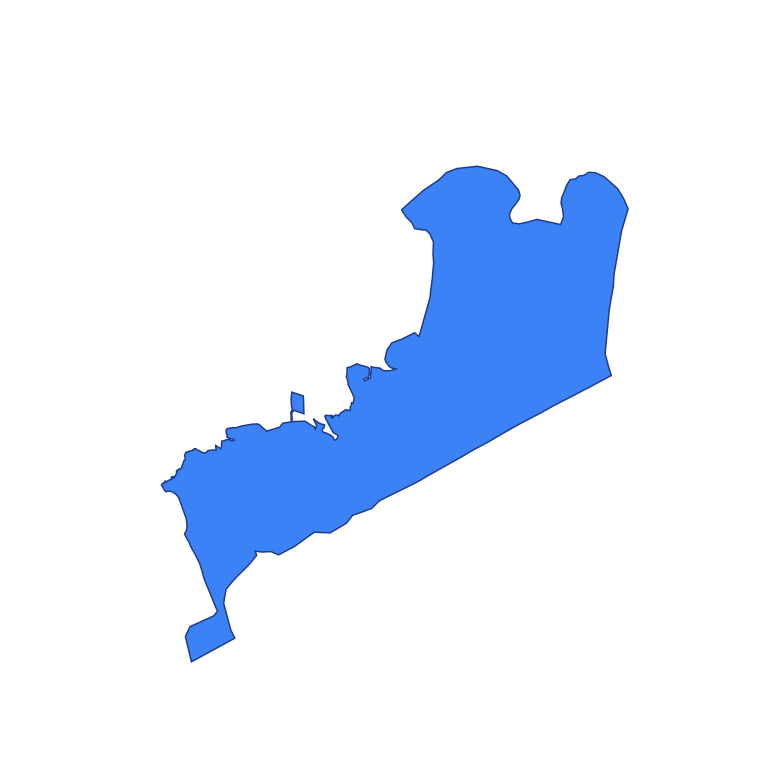 outline of Eti Osa, Lagos, Nigeria, rotated 333°
{"feature_id": "59680162B38204256572023", "entity_name": "Eti Osa", "entity_type": "district", "adm_level": 2, "iso_a3": "NGA", "parent_name": "Nigeria", "parent_adm1": "Lagos", "projection": "equal_earth", "projection_center": [3.482, 6.457], "detail": "fine", "context": "isolated", "style": "filled", "palette": "blue", "viewbox_px": 768, "rotation_deg": 333, "n_neighbors": 0, "source": "geoboundaries", "source_scale": "gbopen_adm2", "svg_char_len": 5557}
<svg xmlns="http://www.w3.org/2000/svg" viewBox="0 0 768 768"><g transform="rotate(333 384 384)"><path d="M138.3,432.5L138.4,438.4L138.0,440.3L138.2,446.4L138.4,450.7L138.3,459.9L137.9,462.3L136.9,468.5L135.9,472.6L135.4,475.6L134.8,481.1L134.4,487.2L133.7,495.6L133.5,498.0L132.6,508.1L132.8,510.6L127.3,513.3L101.0,512.1L92.4,518.9L86.3,544.1L135.7,542.7L135.8,536.7L135.7,534.2L136.2,532.1L137.8,524.2L139.9,514.4L141.6,506.6L142.7,505.1L147.5,498.5L149.9,495.3L152.7,494.0L156.9,492.2L158.8,491.4L164.3,489.3L169.8,487.5L175.7,485.7L180.4,484.1L185.8,482.0L189.7,480.1L192.7,478.9L193.3,474.5L199.7,478.7L200.4,478.9L201.9,479.6L207.3,482.1L211.6,487.3L212.5,488.4L218.5,488.3L225.9,488.2L229.9,488.2L239.5,486.7L247.2,485.5L248.6,485.3L254.5,484.4L268.3,492.1L275.4,491.8L287.5,490.9L296.5,486.7L302.5,487.6L316.5,489.3L326.2,486.1L327.9,486.0L337.4,486.0L350.5,486.2L367.3,486.4L372.9,486.2L381.3,485.7L420.1,484.1L433.9,483.3L453.4,482.9L459.4,482.4L475.2,481.6L485.6,481.2L511.1,480.9L526.0,480.3L539.7,480.3L566.2,480.1L589.4,479.6L590.3,479.8L591.8,471.2L594.8,457.3L618.8,419.5L625.1,411.0L632.5,401.4L638.9,390.5L665.3,355.3L681.0,338.8L681.7,327.6L680.9,316.3L674.1,299.0L668.0,291.5L665.0,289.8L662.4,288.3L656.9,288.9L652.1,287.2L647.8,288.2L642.6,286.4L637.0,289.8L630.8,295.5L626.9,298.7L623.8,303.4L622.6,309.0L619.8,316.6L613.7,322.1L598.0,309.2L595.0,306.8L583.7,304.5L576.8,302.6L574.1,300.4L571.7,299.4L571.6,298.0L571.4,294.9L572.0,291.7L573.4,289.1L577.5,285.9L584.5,282.6L588.1,280.7L590.7,278.0L591.7,273.8L591.8,271.5L587.7,254.2L581.8,245.3L566.1,232.4L547.1,225.2L541.0,224.5L535.9,223.9L525.4,227.1L515.8,228.3L507.4,229.3L490.1,233.7L478.9,236.7L479.5,245.0L482.1,253.2L481.9,259.5L489.0,264.7L491.1,265.4L493.0,270.8L492.5,280.0L486.8,290.2L483.3,298.5L475.5,311.0L466.8,323.9L464.4,327.7L458.1,334.6L450.4,342.9L440.5,353.7L438.5,355.8L436.5,357.5L435.1,353.4L434.4,352.2L420.1,352.1L409.8,350.9L402.3,354.9L400.8,356.5L396.1,362.3L395.7,364.7L396.5,370.4L397.4,372.4L399.2,374.2L401.3,375.9L395.5,375.0L389.4,371.8L387.4,367.7L385.8,366.9L384.3,365.6L382.9,365.0L380.4,362.7L379.3,364.5L378.3,366.9L376.1,370.1L374.9,372.3L370.3,372.5L368.3,372.5L368.2,371.3L368.7,370.2L370.3,370.5L373.0,370.9L375.5,368.4L376.7,366.2L377.8,363.3L377.2,361.7L374.8,359.4L371.6,356.7L369.2,353.7L362.0,353.5L358.6,352.7L355.8,357.8L353.6,360.7L353.6,362.3L353.1,365.1L351.8,368.2L351.5,378.5L351.1,383.0L347.8,387.0L346.6,386.0L344.9,388.4L343.5,389.2L342.2,391.7L341.9,392.3L340.0,390.9L339.2,390.7L338.4,389.6L336.6,389.7L331.8,390.2L329.3,391.9L329.2,391.0L326.3,389.6L325.1,389.7L324.2,390.4L323.3,390.9L322.4,390.7L322.0,390.0L321.9,389.5L322.9,389.4L323.5,389.2L323.2,388.4L322.6,387.8L321.2,387.5L319.8,386.6L317.9,385.5L316.8,385.7L316.5,386.5L316.5,388.0L316.2,389.2L316.6,390.7L316.4,392.7L316.5,399.0L316.8,404.5L319.7,408.8L318.5,410.5L316.7,411.6L315.2,411.7L314.2,411.3L314.5,409.2L314.2,407.3L313.4,405.9L311.1,402.5L309.3,400.4L308.5,400.0L307.9,399.2L307.8,398.0L307.9,397.0L308.7,396.2L309.7,396.2L310.7,395.6L311.7,394.6L312.5,393.4L310.1,391.3L308.2,388.9L306.8,386.6L306.1,384.7L305.8,383.8L305.5,383.3L305.1,383.8L305.2,387.3L305.2,389.6L304.4,391.1L303.4,392.3L302.2,393.1L302.4,392.1L302.5,390.6L299.9,386.9L296.8,381.3L285.3,375.9L285.5,374.7L286.5,373.1L287.4,370.6L288.4,368.7L289.3,367.6L291.8,366.6L299.1,374.2L304.6,362.7L305.6,360.7L306.1,359.0L306.7,358.0L298.2,349.4L294.3,355.4L292.0,360.7L291.1,363.4L291.1,364.5L290.1,365.6L288.4,366.7L284.1,375.7L280.4,374.4L275.8,372.9L271.5,375.1L264.5,373.9L259.2,372.9L258.3,373.3L258.1,372.5L256.4,368.8L255.7,367.4L255.8,366.7L254.8,364.9L254.3,363.3L253.4,362.9L253.2,362.0L251.4,361.6L250.7,360.9L249.5,360.5L247.3,359.6L243.4,358.4L238.4,356.9L234.3,356.1L231.7,355.7L229.7,354.3L227.5,353.6L224.9,352.8L224.4,352.6L224.0,352.9L223.2,352.8L222.1,353.7L221.6,355.2L221.1,356.5L221.0,357.3L221.1,358.5L220.0,359.7L220.5,361.0L221.6,362.3L223.5,363.8L224.2,364.2L225.0,365.0L225.1,366.0L221.9,365.5L221.8,364.6L221.2,363.2L217.3,361.9L216.6,362.2L215.9,361.8L213.6,361.2L212.6,362.7L211.1,365.5L209.3,367.7L206.1,362.4L204.9,365.2L204.7,366.6L203.6,366.6L202.4,365.4L197.0,363.4L195.3,364.1L193.3,364.4L190.7,362.1L188.8,359.2L187.0,357.0L187.1,356.3L185.6,355.5L185.1,355.8L184.2,355.8L184.2,356.5L179.3,355.2L178.5,355.7L177.8,355.3L176.7,354.9L175.2,355.8L173.7,357.5L173.7,358.3L173.4,359.3L173.3,359.5L172.8,360.4L172.3,361.3L171.3,361.2L170.1,362.2L169.2,363.4L167.9,364.4L167.6,364.8L167.2,364.9L166.3,365.9L165.7,366.8L164.9,367.2L164.0,367.2L163.4,367.3L163.2,366.7L162.2,366.8L161.4,367.2L161.2,367.1L160.8,366.9L160.6,367.3L160.2,367.8L159.9,367.4L159.4,367.7L159.0,368.3L159.2,368.8L158.4,369.6L157.6,370.2L156.1,371.1L155.0,371.7L155.1,372.2L154.5,372.3L154.2,372.0L154.1,371.5L154.1,370.8L153.5,370.6L153.2,371.1L153.1,371.6L152.7,371.9L152.7,371.3L152.4,370.5L152.0,370.9L151.8,371.6L151.3,371.9L151.0,372.2L150.5,372.5L150.2,372.2L149.6,372.1L147.6,372.1L147.3,372.3L145.9,372.4L145.8,372.1L145.3,371.6L145.2,371.2L144.7,371.2L144.7,371.5L144.5,371.9L144.2,372.4L143.7,372.1L143.5,372.3L143.1,372.4L143.0,372.2L142.6,372.0L142.5,372.4L140.5,372.4L139.8,373.0L139.8,374.0L140.0,375.2L140.1,377.4L140.3,378.7L140.3,379.6L140.5,380.2L140.6,380.9L142.0,381.2L143.7,381.8L145.0,382.6L146.6,384.4L148.2,386.9L148.8,388.7L149.3,391.1L149.4,393.5L148.6,399.2L147.8,405.4L147.1,410.9L146.7,414.0L146.0,416.2L145.0,418.9L143.2,422.7L140.5,425.7L138.6,426.6L138.4,426.9L138.1,428.5L138.3,432.5Z" fill="#3b82f6" stroke="#1e3a8a" stroke-width="1.5"/></g></svg>